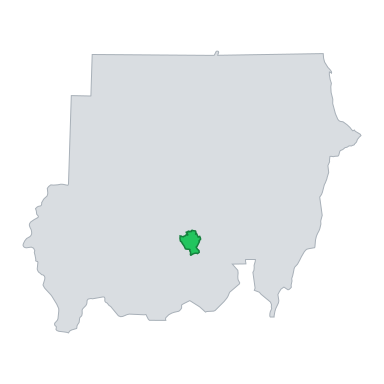 Sheikan, North Kordufan, Sudan shown in context
{"feature_id": "16777658B67659775145128", "entity_name": "Sheikan", "entity_type": "district", "adm_level": 2, "iso_a3": "SDN", "parent_name": "Sudan", "parent_adm1": "North Kordufan", "projection": "orthographic", "projection_center": [29.994, 13.034], "detail": "fine", "context": "in_parent", "style": "filled", "palette": "green", "viewbox_px": 384, "rotation_deg": 0, "n_neighbors": 0, "source": "geoboundaries", "source_scale": "gbopen_adm2", "svg_char_len": 5668}
<svg xmlns="http://www.w3.org/2000/svg" viewBox="0 0 384 384"><path d="M274.1,317.0L270.3,317.0L269.8,316.1L269.9,313.6L270.3,311.7L271.7,308.6L271.3,307.0L271.5,304.6L270.4,302.0L261.1,294.3L259.3,292.2L254.3,290.3L255.1,288.1L252.9,272.3L253.9,270.5L254.2,267.7L254.1,265.3L255.3,261.2L255.4,259.5L245.6,259.5L245.5,261.2L245.9,263.2L245.9,263.9L232.3,264.1L237.8,270.3L238.1,273.0L237.8,276.4L237.9,278.6L238.2,280.0L239.7,282.8L239.6,283.3L239.3,284.0L229.6,292.3L228.0,296.2L226.8,298.2L224.0,301.6L215.1,310.5L213.7,311.1L206.9,311.5L206.2,311.7L205.7,312.1L205.4,312.0L199.6,306.8L189.8,300.6L183.4,303.8L181.6,305.0L181.6,308.0L180.6,309.6L178.9,311.2L174.1,312.3L171.6,313.2L168.7,314.8L165.8,317.7L165.5,319.1L165.8,320.4L149.4,320.3L148.3,319.2L145.9,314.5L144.3,314.8L129.3,314.1L127.1,314.6L122.8,316.4L120.7,316.7L118.4,315.8L110.7,306.5L109.0,305.4L107.2,303.1L105.6,302.2L105.0,301.4L104.8,300.5L104.9,298.4L104.4,297.2L103.1,296.9L92.5,298.8L91.0,298.5L88.8,298.9L88.0,299.2L87.1,300.4L86.9,303.0L86.6,304.2L85.8,305.6L82.8,308.7L82.1,310.0L82.2,313.4L81.9,315.2L81.5,316.0L80.1,317.3L79.7,318.0L79.1,322.4L77.4,325.0L77.0,326.0L76.8,327.9L76.6,328.5L71.8,329.9L70.0,330.8L68.8,332.3L68.6,332.9L66.5,332.3L63.9,331.9L58.9,331.3L57.0,330.6L56.0,329.5L56.4,326.8L55.9,326.2L55.1,325.7L54.6,324.6L54.7,323.2L57.4,320.2L58.0,318.5L58.8,310.8L58.7,308.5L56.7,304.1L52.0,296.4L50.9,294.9L45.1,288.6L44.4,287.7L43.0,285.0L44.7,279.4L44.9,277.8L44.5,276.2L43.0,274.9L41.7,274.7L40.0,273.1L38.9,272.4L37.9,271.0L37.2,269.1L37.9,262.4L37.6,261.5L36.1,261.2L35.7,260.7L35.8,259.4L35.1,255.6L34.3,252.4L34.8,250.7L33.6,248.2L31.3,247.1L26.5,247.8L25.1,247.6L24.1,247.1L23.4,246.2L23.0,245.2L23.4,243.6L24.8,240.8L26.6,238.5L30.1,236.5L31.0,235.4L31.6,234.1L31.7,232.7L31.5,231.1L31.2,229.7L30.2,227.8L29.4,225.6L29.4,224.2L29.9,223.1L30.8,221.9L34.3,219.5L37.8,217.6L38.4,216.8L38.2,216.0L36.7,214.2L36.3,210.9L35.5,208.6L37.3,206.9L38.6,206.3L40.6,205.9L41.4,205.2L41.7,203.8L41.7,202.5L42.4,201.5L43.5,199.4L44.3,198.5L47.0,196.1L47.6,194.5L47.8,193.0L47.3,188.3L48.8,186.4L50.8,184.9L53.6,185.1L57.9,184.8L60.8,184.2L62.9,184.3L67.7,185.3L68.2,184.9L68.5,183.7L71.3,95.6L90.6,96.0L90.9,95.9L92.2,54.5L213.3,55.4L214.3,55.2L216.2,51.4L217.0,51.1L218.2,51.3L218.7,52.2L217.7,55.3L323.2,53.6L323.6,58.3L324.6,62.1L327.9,67.4L330.5,70.2L331.5,71.8L331.6,72.6L331.5,73.2L330.7,72.5L329.4,72.0L329.3,74.5L330.2,79.7L331.4,83.3L330.8,86.7L331.1,92.4L332.8,99.2L332.7,103.6L335.4,113.7L337.8,119.3L339.0,120.7L340.4,121.4L343.0,121.8L346.9,124.6L350.0,127.5L351.2,129.1L352.7,130.8L353.7,130.5L354.3,130.0L355.3,131.3L360.2,134.2L361.0,135.6L359.3,137.1L357.4,139.5L356.6,141.8L356.1,142.5L354.6,144.0L354.3,144.7L353.7,145.1L352.9,145.2L351.3,146.0L349.8,145.8L348.4,146.2L347.8,146.8L346.7,147.3L345.1,147.6L342.7,149.6L340.5,150.5L339.8,151.3L338.8,155.1L338.0,156.1L334.8,156.3L333.3,156.7L331.1,156.3L330.0,156.4L329.8,157.2L329.5,160.4L329.6,161.8L327.9,165.6L328.7,172.4L327.1,177.6L326.9,178.8L325.3,182.9L324.4,184.5L322.4,192.2L321.5,194.5L319.7,197.1L322.2,215.4L320.7,221.0L320.9,224.1L319.8,228.7L319.0,230.8L317.6,233.4L316.4,236.2L315.5,240.0L314.9,247.0L314.6,247.7L308.7,248.7L306.9,249.2L305.7,250.1L304.2,251.9L301.3,256.9L299.8,260.0L297.5,264.2L294.7,267.2L294.1,268.7L293.6,271.4L292.7,275.6L291.7,278.6L292.0,281.0L291.1,285.2L291.3,287.3L290.3,288.4L289.0,289.5L288.0,289.8L283.9,287.1L281.0,289.1L279.3,291.8L277.9,294.6L278.8,300.4L278.7,301.6L278.4,303.0L275.7,308.7L274.9,311.4L274.1,315.9L274.1,317.0Z" fill="#d9dde1" stroke="#a8b0b8" stroke-width="1"/><path d="M185.4,248.8L185.7,248.9L185.8,249.0L186.2,249.0L186.3,249.0L186.6,249.1L186.8,249.2L187.0,249.2L187.9,249.2L188.3,249.2L188.6,249.2L188.8,249.3L189.2,249.3L189.6,249.5L189.9,249.5L190.0,249.6L190.0,249.8L189.9,250.0L189.8,250.3L189.8,250.7L189.8,250.8L189.9,251.0L190.0,251.3L190.2,251.5L190.3,251.5L190.4,251.8L190.5,251.9L190.5,252.0L190.5,252.6L190.5,252.8L190.6,253.3L190.7,253.5L190.6,253.8L190.4,254.0L190.4,254.4L190.4,254.5L190.6,255.1L190.8,255.1L191.2,255.1L191.6,254.9L191.8,254.7L192.3,254.3L192.6,254.2L192.9,254.0L193.0,254.0L193.1,253.9L194.1,253.5L194.4,253.4L194.5,253.4L194.9,253.3L195.0,253.3L195.3,253.2L195.8,253.2L196.0,253.2L196.3,253.2L196.5,253.2L197.0,253.3L197.4,253.6L197.5,253.6L198.2,253.1L198.4,252.9L198.7,252.7L199.2,252.3L199.0,250.7L198.6,250.2L197.4,249.2L196.8,248.1L196.6,247.9L196.4,247.6L196.2,247.3L196.2,247.1L196.3,246.8L196.6,246.6L197.0,246.4L198.9,242.7L199.4,241.6L199.1,241.2L199.1,240.7L200.1,239.8L200.5,239.6L200.5,238.3L200.3,238.0L200.3,237.7L199.7,236.4L199.5,236.5L198.5,237.0L198.2,237.1L196.4,233.3L196.2,233.0L196.2,232.9L196.1,233.9L195.7,234.0L195.8,232.7L195.8,231.8L195.5,231.0L195.4,231.0L192.4,230.5L192.2,230.6L192.0,230.3L191.2,230.8L191.1,231.1L191.2,231.5L189.3,231.7L189.0,231.2L188.7,231.3L188.6,231.5L188.4,231.3L188.0,231.7L187.8,231.6L187.7,231.8L186.5,232.1L186.2,232.2L186.2,232.3L186.3,232.7L187.2,232.8L187.3,233.1L187.2,233.5L187.0,233.8L187.8,234.8L187.6,235.1L187.4,235.1L186.3,234.7L186.2,234.8L185.6,235.4L185.3,235.6L184.8,236.1L184.3,236.1L183.9,236.2L183.6,236.6L183.4,236.8L181.8,236.5L180.7,235.8L180.5,235.6L180.7,236.2L180.4,236.1L180.1,236.0L180.1,236.4L180.1,236.6L180.0,238.0L180.0,238.6L180.1,239.3L180.2,239.5L180.2,240.0L180.3,240.2L180.3,240.6L180.4,240.8L180.5,241.3L180.7,241.5L180.9,241.6L181.3,241.6L181.6,242.0L181.8,242.4L182.0,242.8L182.2,243.1L182.4,243.4L182.3,243.5L183.2,244.7L183.3,244.9L183.7,245.4L183.9,245.7L184.1,246.0L184.4,246.6L184.5,246.8L185.0,248.0L185.3,248.4L185.3,248.5L185.4,248.8L185.4,248.8Z" fill="#22c55e" stroke="#15803d" stroke-width="1.5"/></svg>